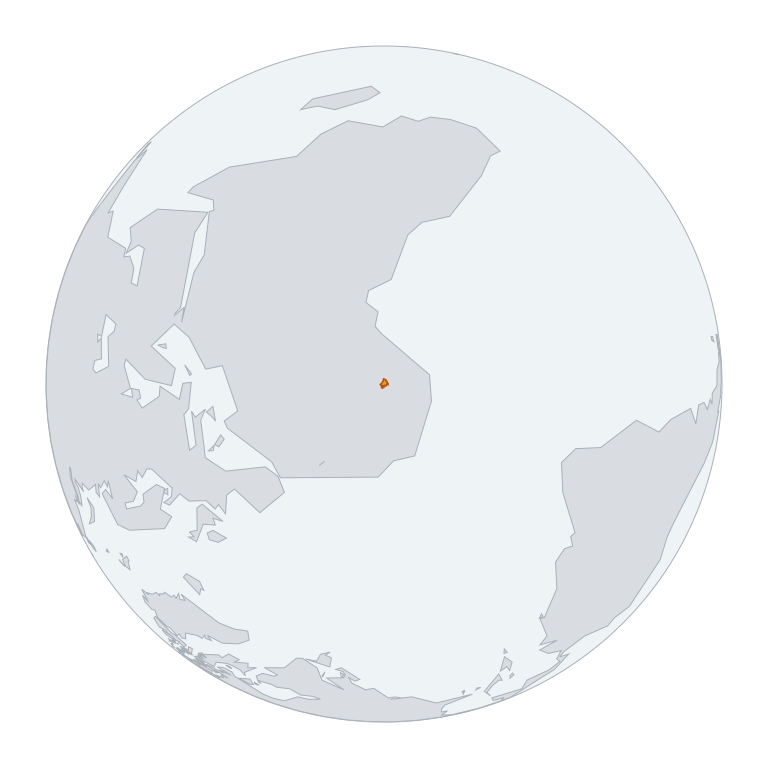 Houet on an orthographic globe, rotated 231°
{"feature_id": "BFA-2799", "entity_name": "Houet", "entity_type": "Province", "adm_level": 1, "iso_a3": "BFA", "parent_name": "Burkina Faso", "parent_adm1": "", "projection": "orthographic", "projection_center": [-4.316, 11.385], "detail": "fine", "context": "on_globe", "style": "filled", "palette": "amber", "viewbox_px": 768, "rotation_deg": 231, "n_neighbors": 0, "source": "natural_earth", "source_scale": "10m", "svg_char_len": 10364}
<svg xmlns="http://www.w3.org/2000/svg" viewBox="0 0 768 768"><g transform="rotate(231 384 384)"><circle cx="384" cy="384" r="338" fill="#eef3f6" stroke="#a8b0b8"/><path d="M290.4,59.3L290.2,59.4L258.2,71.8L264.6,69.6L256.5,74.5L260.8,74.2L253.6,77.6L263.3,74.6L269.0,71.7L275.1,69.6L278.2,69.5L269.6,73.4L266.8,74.1L265.9,75.2L260.3,77.4L264.8,76.3L254.0,81.8L269.1,76.4L264.3,80.9L255.9,84.6L251.1,84.0L219.7,94.6L209.7,100.0L200.5,107.2L195.1,120.1L186.5,126.9L179.0,136.2L186.3,131.9L194.8,123.4L206.6,118.9L215.6,110.0L221.7,107.3L233.3,99.3L237.5,101.1L235.5,107.6L226.1,114.7L224.9,118.2L238.8,112.5L226.1,128.1L226.0,143.4L222.0,148.0L205.4,153.4L193.0,149.4L171.5,160.4L191.5,154.4L181.3,167.7L182.1,170.8L186.3,171.3L192.5,167.0L190.3,172.3L169.7,179.2L171.4,174.4L177.9,171.9L171.9,170.7L158.0,177.2L153.9,184.5L137.1,189.9L134.0,195.5L128.6,200.4L134.7,190.8L123.4,208.7L103.1,224.0L87.3,257.5L96.2,229.3L95.3,224.3L92.8,222.3L90.0,227.6L90.5,220.3L84.4,228.5L72.3,253.7L64.3,275.3L64.7,280.0L69.3,269.7L72.2,270.2L60.4,299.3L63.9,308.9L58.0,332.1L57.7,346.0L61.8,345.4L65.3,354.0L71.2,342.1L79.3,337.6L76.0,357.1L83.1,341.1L85.7,352.2L103.8,357.6L101.5,361.5L116.2,389.6L137.5,405.1L142.4,420.6L139.4,428.7L148.0,433.1L148.2,438.9L187.2,454.7L211.2,472.5L213.0,492.4L198.2,512.5L197.0,557.4L173.6,567.4L175.9,584.6L172.0,606.9L156.8,601.3L169.7,615.4L168.3,621.1L160.7,619.2L166.8,627.8L161.6,626.1L170.3,633.3L173.2,641.7L185.5,651.8L190.4,658.4L198.7,664.3L196.5,663.2L197.0,664.2L200.9,667.0L188.9,659.5L172.6,646.9L167.5,641.8L164.2,639.5L151.9,625.4L152.6,627.5L132.1,602.9L121.2,583.5L93.8,521.7L86.8,507.6L73.6,488.0L56.7,434.4L57.3,416.1L55.3,405.5L61.9,381.4L62.8,354.4L61.2,349.3L57.9,357.7L54.9,336.7L57.5,315.5L60.9,285.1L68.7,262.5L78.1,240.4L89.1,219.1L101.5,198.6L115.3,179.0L130.5,160.5L147.0,143.1L164.7,126.9L183.5,112.0L203.3,98.5L224.0,86.4L245.5,75.8L267.7,66.7L290.4,59.3ZM82.0,268.5L86.4,290.7L79.4,289.4L81.5,287.0L81.4,278.7L79.5,269.8L74.6,270.5L82.0,268.5ZM94.2,252.7L93.1,250.4L94.8,251.3L94.2,252.7ZM230.1,99.0L231.6,99.2L228.7,100.5L230.1,99.0ZM233.7,95.6L229.2,97.1L230.2,95.8L233.0,94.9L233.7,95.6ZM239.0,94.2L232.7,93.3L234.6,91.1L246.7,86.0L239.0,94.2ZM269.5,70.9L263.5,74.0L265.6,71.7L269.5,70.9ZM269.3,70.0L267.1,67.8L277.4,63.8L276.1,65.0L287.2,60.8L293.3,59.9L288.6,62.0L280.7,64.5L289.1,62.4L269.3,70.0ZM277.8,68.7L276.4,68.3L285.3,64.7L289.6,64.9L285.4,65.9L277.8,68.7ZM287.1,60.5L294.4,58.3L301.5,56.8L305.3,55.9L294.4,59.6L287.1,60.5ZM284.9,66.7L291.6,65.3L290.3,67.0L279.7,68.9L284.9,66.7ZM285.7,63.8L290.1,62.3L289.1,63.1L285.7,63.8ZM289.1,73.6L287.3,72.5L291.7,70.4L289.1,73.6ZM294.2,64.7L294.7,64.1L296.2,63.4L300.2,62.9L294.2,64.7ZM300.1,58.6L301.5,58.6L304.9,56.9L310.3,56.3L302.0,59.1L307.9,57.6L309.5,57.5L300.9,60.0L300.1,58.6ZM309.0,60.4L300.4,64.6L302.8,66.7L298.9,68.5L295.7,64.8L309.0,60.4ZM305.0,59.8L306.6,60.5L300.9,62.0L296.4,62.5L305.0,59.8ZM316.9,55.1L310.8,55.3L312.8,54.8L316.9,55.1ZM310.8,60.6L312.8,59.6L311.6,60.6L310.8,60.6ZM316.3,56.3L313.8,56.3L316.2,55.6L316.3,56.3ZM319.0,58.0L316.2,59.2L313.0,59.4L319.0,58.0ZM318.6,56.9L322.5,56.1L313.5,58.8L317.2,57.0L318.6,56.9ZM318.9,55.7L319.5,55.3L319.6,55.8L318.9,55.7ZM332.7,56.9L322.2,60.3L315.1,60.5L326.3,57.1L332.7,56.9ZM212.7,674.0L191.8,661.6L201.8,667.7L199.2,664.8L213.7,673.2L212.7,674.0ZM209.2,667.0L211.8,666.3L215.2,668.1L214.2,669.2L209.2,667.0ZM695.1,252.1L698.3,261.2L707.6,299.2L714.7,331.1L715.3,347.5L701.6,306.2L690.6,277.4L688.7,282.3L672.0,261.7L652.0,268.6L646.5,261.8L643.3,267.0L631.2,262.3L621.7,251.2L615.6,253.8L640.2,283.1L646.5,280.6L647.9,266.0L653.9,277.3L665.3,285.2L662.4,318.1L628.3,355.2L620.5,332.0L571.5,274.0L570.4,266.6L570.0,265.8L569.2,264.5L569.3,276.7L559.3,265.5L590.3,306.5L597.4,325.4L627.9,356.8L626.1,361.1L634.5,367.1L656.1,352.0L657.2,360.1L649.8,400.5L615.9,459.2L617.9,492.4L611.2,521.7L584.5,544.8L581.3,566.2L566.7,575.9L562.1,588.1L547.3,602.4L524.6,616.9L491.9,620.8L494.2,610.3L484.6,590.8L473.0,540.5L485.8,515.2L484.8,496.2L460.7,455.4L466.3,430.8L458.7,421.3L443.8,424.8L434.5,413.4L425.0,413.7L362.5,425.2L340.8,410.1L308.8,362.6L318.2,343.1L315.3,320.9L376.3,244.5L394.3,247.7L448.2,234.5L455.8,236.5L455.1,253.4L499.9,269.9L507.8,254.8L542.9,261.9L562.7,258.6L560.0,227.0L527.5,231.6L516.4,217.8L538.0,201.4L565.6,199.1L562.1,193.8L540.1,184.2L541.7,173.6L531.9,180.3L539.4,185.0L533.4,189.9L526.2,186.0L527.1,182.0L517.4,180.9L515.8,201.5L523.2,208.6L500.8,215.3L511.1,228.1L506.6,235.3L487.8,216.6L486.0,209.1L454.8,191.2L454.6,199.3L484.0,217.3L476.9,216.4L476.9,229.4L471.3,218.9L439.2,198.8L415.9,206.1L394.3,239.6L378.9,243.5L362.4,238.4L362.1,206.5L396.4,201.7L396.8,191.9L382.9,179.2L394.5,179.4L393.1,174.1L405.3,172.3L415.8,158.7L427.3,156.3L424.8,141.1L430.4,138.3L430.2,147.8L436.3,153.8L463.9,150.0L467.3,146.4L463.5,137.2L471.6,138.0L464.3,129.8L477.0,124.8L455.5,124.5L450.5,115.4L454.5,107.9L449.0,105.3L442.4,117.8L443.2,123.1L450.1,127.5L449.1,143.9L441.0,147.7L427.5,131.4L414.5,135.5L409.7,122.5L430.5,94.2L442.5,88.6L476.2,96.0L477.2,101.3L465.6,100.9L482.3,108.7L478.1,104.4L484.8,105.6L481.7,98.6L486.3,99.2L475.4,92.0L480.7,92.0L487.5,96.6L487.4,87.8L496.7,87.0L494.4,84.8L489.4,82.8L504.5,84.0L502.1,82.4L496.3,81.3L487.9,77.8L478.9,72.4L484.6,73.1L488.6,75.1L505.6,81.1L515.5,87.3L516.9,87.1L509.7,82.0L488.9,74.6L481.9,71.3L491.7,74.0L487.6,72.7L485.9,71.3L489.5,70.9L478.7,67.8L452.2,55.8L456.6,55.0L468.3,58.0L455.8,53.8L456.6,54.0L480.6,60.2L504.0,68.1L526.9,77.8L548.9,89.0L570.1,101.9L590.2,116.3L609.3,132.1L627.1,149.3L643.7,167.8L658.8,187.4L672.5,208.0L684.6,229.6L695.1,252.1ZM361.5,282.5L361.3,289.1L361.5,282.5ZM599.3,213.4L612.9,211.7L598.8,194.5L602.9,192.8L596.6,188.0L597.8,193.3L581.3,180.3L584.3,174.0L578.6,166.9L573.8,167.3L571.0,181.2L594.5,199.3L594.8,207.5L599.3,213.4ZM104.4,357.5L106.2,362.0L103.0,361.1L104.4,357.5ZM76.0,296.7L78.1,298.4L78.4,302.0L76.3,302.0L76.0,296.7ZM99.1,307.7L102.5,310.8L97.9,310.9L99.1,307.7ZM87.6,293.8L96.2,306.0L87.3,308.6L82.3,301.3L87.1,301.6L87.6,293.8ZM88.5,262.9L89.2,265.0L87.4,268.2L88.5,262.9ZM95.5,253.5L94.8,253.5L95.5,250.3L95.5,253.5ZM182.5,167.3L184.1,166.9L187.2,168.5L183.6,170.0L182.5,167.3ZM213.9,164.5L209.6,173.3L210.1,167.7L204.3,170.8L198.2,163.8L219.7,150.0L211.0,157.1L213.9,164.5ZM196.0,151.9L197.4,157.1L195.0,152.1L196.0,151.9ZM373.0,150.3L379.4,152.8L377.9,158.9L363.4,164.6L365.3,155.5L373.0,150.3ZM388.8,155.3L379.4,139.1L388.0,135.8L384.8,140.2L391.4,139.7L387.9,146.8L405.4,160.5L405.2,167.0L378.5,172.4L387.3,166.6L380.5,164.1L388.8,155.3ZM340.2,112.7L336.3,108.2L360.1,106.5L361.0,111.1L346.6,116.4L337.1,114.1L340.2,112.7ZM261.5,86.4L258.5,86.6L260.8,85.2L265.4,84.0L261.5,86.4ZM287.9,73.2L277.3,85.2L273.3,85.7L272.0,93.4L260.8,98.0L262.1,92.7L252.5,102.6L249.1,99.6L243.8,106.5L247.7,94.1L244.4,92.6L252.4,92.3L262.7,87.9L266.2,85.6L273.4,78.4L271.3,74.1L281.2,70.0L288.7,68.3L290.8,68.6L283.7,71.0L291.5,69.8L282.8,73.7L287.9,73.2ZM371.8,63.5L362.8,63.8L377.0,66.6L368.4,68.5L370.6,68.8L366.5,71.6L365.4,75.8L360.7,76.4L362.3,77.9L359.6,80.2L360.2,82.5L352.0,84.8L352.1,88.0L348.1,87.3L350.5,92.5L345.0,89.8L341.1,93.2L348.4,94.0L302.5,105.2L287.5,113.6L277.8,122.6L269.8,118.0L273.7,107.3L284.2,95.4L299.8,88.6L293.3,88.3L298.9,85.2L301.7,86.7L300.7,82.6L306.1,80.6L315.4,73.0L310.7,69.5L314.0,67.0L318.5,67.5L318.7,64.9L329.4,64.3L332.0,62.7L345.2,61.1L352.4,63.6L354.7,61.8L364.9,61.1L371.8,63.5ZM336.4,56.5L347.0,57.9L347.4,60.1L324.3,62.2L320.4,63.7L305.6,66.1L305.2,63.2L309.5,62.7L313.6,61.6L312.1,62.9L316.3,61.0L322.3,60.4L327.3,59.0L329.3,59.7L336.4,56.5ZM461.2,229.7L466.5,229.8L474.1,228.3L474.2,236.9L461.2,229.7ZM439.1,216.1L443.5,214.5L447.3,224.9L441.8,225.2L439.1,216.1ZM442.5,205.4L443.4,213.7L439.7,209.4L442.5,205.4ZM433.9,146.3L438.1,144.6L439.8,146.7L439.0,150.2L433.9,146.3ZM412.2,75.6L406.9,74.6L407.4,73.7L399.5,69.7L405.2,68.4L412.2,70.4L412.2,75.6ZM556.4,233.0L552.6,239.7L548.7,237.3L550.8,235.4L556.4,233.0ZM512.9,238.5L524.4,241.1L512.8,240.8L512.9,238.5ZM417.1,73.6L413.2,72.0L418.5,72.4L417.1,73.6ZM409.0,67.4L414.7,67.5L405.0,67.9L409.0,67.4ZM597.9,645.3L594.7,648.1L592.8,649.5L597.9,645.3ZM650.4,508.1L623.5,561.4L612.9,564.1L615.2,550.1L628.0,518.7L641.8,507.2L649.7,491.9L650.4,508.1ZM715.4,333.8L718.9,351.3L718.6,355.7L715.4,333.8ZM460.7,67.0L465.3,73.3L472.4,78.5L482.4,81.7L470.3,80.5L459.3,72.5L460.7,67.0ZM452.7,56.7L443.9,55.0L446.3,54.7L448.6,55.1L452.7,56.7ZM448.4,56.4L440.4,56.4L434.6,54.8L442.0,55.0L448.4,56.4ZM429.2,63.1L430.1,64.9L425.8,64.3L429.2,63.1ZM436.4,50.2L434.7,49.9L433.3,49.7L436.4,50.2Z" fill="#d9dde1" stroke="#a8b0b8" stroke-width="1"/><path d="M381.9,380.0L382.1,380.0L382.1,379.9L382.1,380.0L382.4,380.0L382.5,380.0L382.9,379.9L383.0,379.9L383.1,380.0L383.1,380.4L383.3,380.4L383.3,380.5L383.2,380.8L383.2,381.1L383.2,381.3L383.0,381.7L383.0,381.8L383.1,382.0L383.3,382.0L383.5,381.9L383.8,382.0L384.0,381.9L384.2,381.6L384.2,381.4L384.3,381.4L384.4,381.0L384.6,380.8L384.9,380.8L385.0,380.8L385.3,380.7L385.6,380.7L385.7,380.8L385.8,380.8L386.0,380.8L386.1,381.0L386.1,381.3L386.1,381.2L386.1,381.4L386.0,381.5L386.1,381.9L385.9,382.5L385.9,382.9L386.0,383.1L386.2,383.4L386.3,383.5L386.4,383.8L386.5,384.0L386.7,384.3L386.5,385.1L386.5,385.3L386.8,385.4L387.0,385.4L387.2,385.7L387.3,385.8L387.4,386.0L387.6,386.0L387.9,386.4L388.0,386.4L388.1,386.6L387.9,386.6L387.8,386.8L387.8,387.0L387.7,387.1L387.4,387.2L387.4,387.3L387.2,387.3L386.9,387.5L386.7,387.7L386.7,387.8L386.6,388.0L386.4,388.1L386.2,388.1L385.8,387.9L385.6,387.9L385.4,387.6L385.2,387.6L384.8,387.7L384.7,387.8L384.3,388.0L384.2,388.0L384.1,387.9L383.7,387.8L383.5,387.7L383.4,387.6L383.3,387.2L383.2,387.1L382.9,387.0L382.6,387.1L382.4,387.2L382.3,387.3L382.0,387.6L381.9,387.6L381.7,387.5L381.5,387.4L381.4,387.3L381.3,387.1L381.2,387.0L381.3,387.0L381.3,386.8L381.5,386.7L381.4,386.5L381.4,386.4L381.6,386.2L381.8,386.1L382.0,386.1L382.1,385.9L382.1,385.7L381.9,385.5L381.8,385.4L381.4,385.0L381.3,384.9L381.2,384.8L381.3,384.7L381.4,384.4L381.5,384.1L381.6,383.9L382.0,383.6L382.1,383.8L382.3,383.8L382.5,383.7L382.6,383.4L382.7,383.2L382.5,382.8L382.4,382.7L382.4,382.4L382.4,382.2L382.2,382.1L381.9,382.1L382.0,382.0L382.0,381.9L382.2,381.7L382.2,381.3L382.2,381.0L382.2,380.8L382.1,380.5L382.1,380.4L381.8,380.2L381.7,380.2L381.8,380.0L381.9,380.0Z" fill="#f59e0b" stroke="#b45309" stroke-width="1.5"/></g></svg>